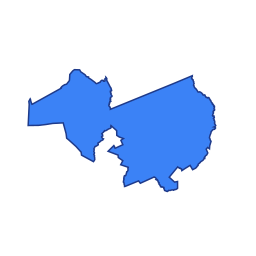 outline of Laikipia North, Rift Valley, Kenya, rotated 331°
{"feature_id": "3690345B24506089948123", "entity_name": "Laikipia North", "entity_type": "district", "adm_level": 2, "iso_a3": "KEN", "parent_name": "Kenya", "parent_adm1": "Rift Valley", "projection": "albers", "projection_center": [36.962, 0.429], "detail": "fine", "context": "isolated", "style": "filled", "palette": "blue", "viewbox_px": 256, "rotation_deg": 331, "n_neighbors": 0, "source": "geoboundaries", "source_scale": "gbopen_adm2", "svg_char_len": 5814}
<svg xmlns="http://www.w3.org/2000/svg" viewBox="0 0 256 256"><g transform="rotate(331 128 128)"><path d="M210.3,155.3L210.2,155.2L210.3,155.1L210.6,154.8L211.0,154.7L211.2,154.4L211.4,154.6L211.8,154.6L212.3,154.4L212.6,153.8L212.8,153.6L212.5,153.3L212.7,152.5L213.7,151.8L213.8,151.6L214.0,151.2L213.6,151.0L213.5,150.7L213.6,150.4L214.1,150.1L214.1,149.9L213.7,149.1L213.9,148.8L213.8,148.1L213.4,148.0L213.4,147.7L213.8,147.2L213.4,145.6L213.7,144.0L213.4,143.5L213.6,142.6L213.3,142.0L213.5,140.7L213.1,140.3L212.5,140.2L212.1,140.2L211.8,139.3L211.4,139.3L211.2,139.1L211.0,138.2L211.1,137.1L211.3,136.7L211.2,136.4L210.8,136.0L210.2,135.9L209.7,135.6L209.6,135.2L209.8,134.7L209.5,133.9L209.5,133.4L209.2,132.9L209.1,132.4L208.4,131.3L208.3,131.1L207.9,131.1L206.8,130.6L206.7,130.4L206.6,127.8L206.4,127.3L206.5,126.7L205.9,125.4L206.0,125.0L205.8,124.1L206.0,123.7L206.1,123.3L206.2,123.2L206.0,122.8L206.0,122.4L206.8,121.5L207.4,121.1L207.5,120.1L207.6,119.7L207.9,119.5L207.8,119.2L207.9,118.7L207.9,118.2L208.3,117.6L208.0,117.2L208.0,116.8L207.7,116.3L208.0,115.7L207.8,115.2L208.7,114.3L209.2,114.2L209.3,114.0L209.2,113.6L209.4,113.4L190.2,111.3L121.6,103.1L122.3,102.0L122.2,101.2L122.4,100.4L122.0,99.6L122.3,98.6L123.0,98.4L123.6,97.2L124.3,97.2L124.4,96.7L124.8,96.4L124.9,96.0L125.1,95.8L125.3,95.9L125.7,96.4L125.9,96.4L126.3,94.1L126.9,94.2L127.0,93.5L127.5,92.8L128.9,92.7L129.3,92.6L129.6,92.0L129.4,90.3L129.5,89.7L130.1,89.4L129.9,88.3L130.2,87.9L130.3,87.3L130.4,87.2L131.4,87.5L131.8,87.4L132.1,86.4L132.1,85.6L132.5,85.1L132.3,83.0L132.4,81.7L132.5,76.4L132.7,75.4L133.2,75.0L133.4,74.7L133.4,73.3L133.3,73.0L133.2,73.3L132.9,73.6L132.1,73.7L131.5,73.9L130.9,75.3L130.6,75.7L129.9,75.6L129.4,75.3L129.4,74.3L129.2,74.2L128.7,74.1L128.4,73.6L126.7,73.8L125.9,74.2L125.7,74.5L123.9,74.1L123.6,74.3L121.9,73.9L121.5,73.4L121.3,72.3L119.3,67.8L117.9,65.2L117.8,64.8L118.2,64.2L116.5,62.9L116.3,60.7L113.9,55.9L113.9,53.7L109.4,51.0L107.3,51.3L103.1,52.9L99.9,57.9L99.3,58.3L95.5,59.9L93.6,59.4L91.3,59.5L89.8,59.8L89.6,60.2L88.9,60.2L88.8,60.8L55.8,60.8L55.5,60.7L55.7,59.6L55.6,59.1L55.8,58.6L56.0,57.3L56.4,56.3L56.4,56.0L56.6,55.5L56.6,55.1L54.2,56.6L53.0,59.5L41.9,77.4L51.0,82.3L57.8,85.1L64.4,87.5L73.8,92.1L71.1,103.0L69.4,107.2L70.4,109.7L73.6,119.0L75.3,126.4L74.2,129.2L81.5,140.7L83.1,139.9L83.7,139.4L84.0,138.8L84.2,138.0L84.7,137.4L84.8,136.4L85.0,136.1L85.4,135.8L85.4,135.3L85.2,134.8L85.3,134.4L86.3,133.9L86.7,133.3L86.8,132.9L86.6,132.1L86.9,131.7L87.5,131.2L88.0,130.4L87.9,130.0L88.4,129.3L89.2,129.1L89.8,128.4L90.3,128.2L91.9,128.5L92.8,128.3L93.8,128.3L93.9,128.2L94.1,127.7L94.3,126.7L94.6,126.5L95.5,126.6L96.6,126.5L98.3,126.0L98.7,126.2L100.3,126.2L100.8,125.7L101.2,125.7L101.3,125.6L100.7,125.2L100.6,123.8L100.5,123.1L100.7,122.8L102.1,122.7L102.1,122.0L102.5,121.6L102.5,120.9L102.3,120.7L102.3,120.3L102.8,120.2L103.5,119.9L104.6,119.8L105.0,119.4L105.7,119.4L105.9,119.1L106.2,118.9L106.6,119.3L107.2,119.6L108.6,119.5L108.9,119.6L110.3,119.4L112.0,119.7L112.6,119.7L113.3,119.5L113.8,119.0L113.7,118.2L114.3,117.6L116.8,124.8L114.6,129.0L115.9,131.5L118.9,135.0L115.8,135.3L115.4,140.1L106.9,139.5L106.9,139.1L106.8,138.7L106.9,138.2L107.1,138.1L107.2,137.8L107.1,136.5L99.3,138.7L106.2,146.9L105.2,149.1L107.6,154.1L103.8,156.6L109.2,162.5L108.9,162.9L108.5,163.0L108.3,163.5L108.1,163.7L107.7,164.8L107.3,165.1L106.2,165.8L105.6,165.7L105.5,165.8L104.7,166.8L104.0,167.4L103.8,167.8L103.3,168.2L102.6,168.5L102.3,168.1L101.7,168.1L101.4,168.2L100.4,169.4L100.0,169.8L100.0,170.2L99.7,170.4L99.6,171.0L99.3,171.1L98.8,171.6L98.5,172.3L98.2,172.4L97.7,173.1L97.9,173.8L97.8,174.3L97.4,175.1L97.2,176.3L96.6,177.5L97.2,177.7L111.6,179.4L112.0,182.3L127.1,183.5L127.2,183.9L127.8,184.4L128.1,185.6L128.1,186.2L127.7,186.4L127.9,186.5L127.8,186.9L128.3,186.8L128.4,187.1L128.5,187.3L128.2,187.4L128.2,187.6L128.5,188.0L128.6,188.4L128.4,188.8L128.4,189.1L128.5,189.2L128.3,189.7L128.4,190.3L128.7,190.7L128.4,191.1L128.2,191.1L128.3,191.5L128.2,191.9L127.9,192.3L128.4,193.5L128.1,193.9L128.3,194.3L128.1,194.9L128.4,195.2L128.5,195.4L128.3,195.5L128.8,196.0L129.0,195.9L129.1,196.2L129.7,196.3L129.9,196.8L130.2,197.0L130.3,197.4L130.5,197.5L130.0,198.2L129.9,198.5L130.1,198.8L130.0,199.5L129.7,200.4L130.4,201.1L130.8,201.8L131.6,202.6L132.5,202.6L132.9,202.3L133.4,202.3L134.6,203.1L135.4,203.2L136.6,203.5L137.3,204.0L137.5,204.4L137.9,204.6L138.1,204.5L138.4,204.3L138.9,204.4L139.5,204.8L140.3,205.0L140.9,204.9L141.9,204.9L142.1,204.8L142.4,204.3L145.4,198.8L142.5,197.9L140.2,191.0L152.4,186.2L152.4,186.4L152.6,186.4L153.0,186.9L153.0,187.2L153.5,187.7L153.5,188.1L154.0,188.2L154.2,188.4L154.2,189.0L154.5,189.2L154.5,189.4L155.0,189.8L154.8,190.8L154.5,191.0L154.4,191.4L157.9,191.1L164.2,190.8L164.3,195.8L167.8,195.9L169.6,195.3L170.1,194.9L171.1,194.8L171.6,193.9L171.9,193.7L174.4,193.2L174.8,192.9L175.1,192.8L177.8,192.6L179.0,192.1L179.9,191.4L180.1,191.4L180.4,191.8L180.5,191.7L180.4,190.9L180.5,190.8L180.9,190.6L181.4,190.6L181.5,190.3L182.8,189.8L183.7,189.8L185.7,188.5L186.1,184.4L187.0,184.1L188.2,183.6L188.4,183.9L189.2,185.7L190.9,183.1L194.2,179.9L194.1,178.3L194.5,177.1L194.4,176.1L195.9,174.4L198.3,172.4L198.9,171.5L199.4,171.4L201.0,170.7L202.0,170.7L203.1,171.1L203.4,171.0L203.7,170.7L204.4,170.6L204.6,170.2L204.3,169.9L204.5,169.6L204.3,169.2L203.8,168.8L204.8,168.9L205.9,168.5L205.9,167.9L206.0,167.6L205.8,166.5L205.9,166.0L206.4,165.7L206.4,165.1L206.9,164.6L207.1,164.1L207.2,163.5L207.0,163.0L207.3,162.7L207.5,162.1L207.3,161.2L208.1,160.9L208.5,160.8L208.6,160.6L208.4,160.4L208.4,160.0L208.6,159.7L208.9,159.6L209.0,159.2L208.5,159.0L208.3,158.9L208.3,158.7L207.9,158.5L207.9,158.1L208.5,157.8L208.5,157.6L208.8,157.1L210.1,156.3L210.3,155.3Z" fill="#3b82f6" stroke="#1e3a8a" stroke-width="1.5"/></g></svg>